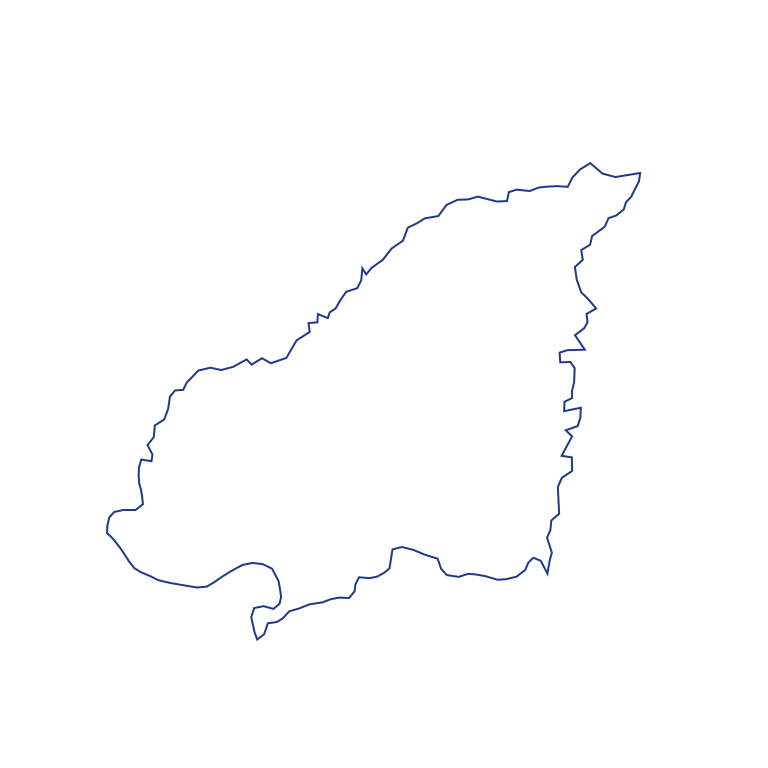 São Marcos, Rio Grande do Sul, Brazil (Natural Earth projection), rotated 289°
{"feature_id": "56859067B15820019194660", "entity_name": "São Marcos", "entity_type": "district", "adm_level": 2, "iso_a3": "BRA", "parent_name": "Brazil", "parent_adm1": "Rio Grande do Sul", "projection": "natural_earth1", "projection_center": [-51.072, -28.957], "detail": "fine", "context": "isolated", "style": "outline", "palette": "blue", "viewbox_px": 768, "rotation_deg": 289, "n_neighbors": 0, "source": "geoboundaries", "source_scale": "gbopen_adm2", "svg_char_len": 2446}
<svg xmlns="http://www.w3.org/2000/svg" viewBox="0 0 768 768"><g transform="rotate(289 384 384)"><path d="M101.1,347.3L108.4,352.1L120.0,352.1L124.0,360.1L129.3,364.5L138.3,368.5L143.7,376.3L151.3,385.1L157.5,396.9L163.3,403.9L167.5,411.3L170.2,420.6L178.5,423.7L185.2,422.2L193.1,423.3L195.8,433.8L199.8,440.4L206.0,445.9L211.5,449.2L220.4,447.6L230.4,445.9L235.7,454.0L236.7,465.7L235.9,478.5L236.3,491.6L228.0,498.0L223.8,505.6L226.0,517.6L231.7,525.0L233.7,532.3L235.3,542.3L235.9,555.2L239.3,563.2L245.0,572.1L254.3,578.1L262.0,578.6L268.3,581.7L267.9,589.7L257.9,600.3L270.2,598.2L279.2,597.6L291.8,588.2L300.0,588.9L309.3,586.6L318.4,591.8L343.2,581.9L353.2,582.7L363.1,590.2L375.8,585.5L373.9,575.3L395.7,578.9L399.4,570.9L407.3,580.9L416.3,580.6L425.6,577.8L417.0,563.2L426.0,560.4L432.0,566.5L438.6,564.0L447.5,563.2L461.1,559.1L465.5,553.1L461.9,543.6L470.8,539.8L475.7,546.4L481.8,562.7L492.3,548.7L502.0,555.2L508.6,556.3L516.2,552.7L524.5,560.0L531.5,548.0L534.8,540.7L545.4,532.3L556.8,526.4L566.1,531.5L574.9,526.9L582.7,533.5L591.6,532.6L604.6,541.5L613.9,542.3L618.9,548.7L627.2,553.9L634.7,553.6L641.2,556.7L658.8,559.1L666.9,557.5L655.0,535.4L654.1,522.0L660.0,507.1L650.8,499.6L640.8,495.0L630.2,493.5L627.5,483.4L623.6,473.7L620.3,466.6L613.9,458.9L610.9,446.0L606.0,439.6L597.0,440.7L593.3,431.4L591.7,411.6L586.0,403.6L582.1,393.6L573.7,384.8L560.5,380.7L553.8,368.5L546.9,363.0L539.5,355.6L525.7,355.3L514.6,347.1L501.0,342.4L489.7,334.4L481.8,331.5L486.3,325.9L474.7,328.7L465.9,327.5L458.9,318.2L448.9,315.4L439.5,313.6L434.2,309.4L428.0,309.4L428.6,298.7L420.6,300.9L417.0,292.8L409.1,296.8L396.7,287.1L376.9,283.2L366.8,270.3L368.6,260.2L359.3,252.6L362.5,246.1L351.2,235.9L344.2,225.5L342.9,214.5L336.2,204.0L320.9,197.0L313.0,196.0L309.9,188.5L302.4,185.7L290.4,188.0L278.9,187.7L270.2,180.8L258.8,183.6L249.2,180.3L242.0,188.0L235.3,189.3L233.6,179.1L225.3,179.5L217.4,181.9L210.7,184.7L205.1,188.5L199.0,191.9L191.8,195.2L183.9,190.0L180.1,178.7L175.2,170.6L168.5,167.7L160.2,168.5L152.9,170.7L149.3,178.4L143.4,187.5L139.2,193.2L133.3,200.6L128.6,207.8L126.9,215.5L126.3,225.1L125.0,234.3L126.3,246.9L128.4,259.8L130.7,273.4L134.7,282.4L141.3,288.0L147.3,292.3L155.3,298.7L160.6,303.3L166.9,309.2L171.9,317.7L174.2,327.8L172.9,338.3L163.3,348.5L155.7,352.7L149.2,356.0L142.2,356.8L135.4,352.7L134.7,342.4L129.9,334.2L120.3,334.4L107.2,342.4L101.1,347.3Z" fill="none" stroke="#1e3a8a" stroke-width="2"/></g></svg>